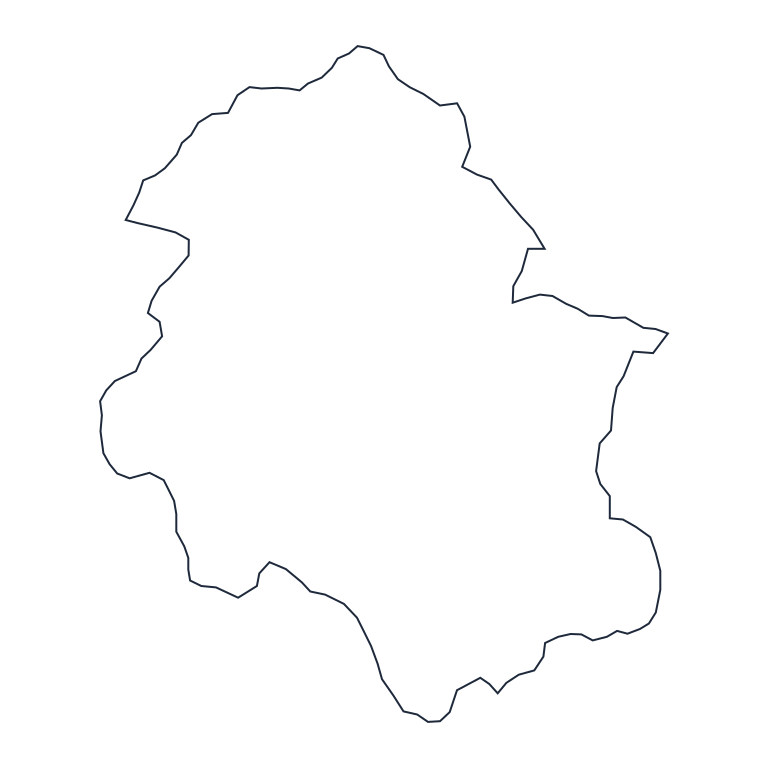 Mariápolis, São Paulo, Brazil
{"feature_id": "56859067B75086273353759", "entity_name": "Mariápolis", "entity_type": "district", "adm_level": 2, "iso_a3": "BRA", "parent_name": "Brazil", "parent_adm1": "São Paulo", "projection": "orthographic", "projection_center": [-51.172, -21.778], "detail": "fine", "context": "isolated", "style": "outline", "palette": "slate", "viewbox_px": 768, "rotation_deg": 0, "n_neighbors": 0, "source": "geoboundaries", "source_scale": "gbopen_adm2", "svg_char_len": 1920}
<svg xmlns="http://www.w3.org/2000/svg" viewBox="0 0 768 768"><path d="M357.6,46.1L349.0,53.5L337.7,58.5L331.9,67.8L321.7,77.6L308.0,83.5L299.6,90.4L288.7,88.5L277.4,87.8L261.5,88.5L249.5,87.1L237.5,95.2L228.0,112.9L212.1,114.1L198.3,122.7L191.0,135.1L181.9,142.9L176.8,154.6L164.9,168.2L155.1,175.4L143.2,180.4L139.2,192.6L133.4,205.4L125.7,220.0L137.7,223.1L157.4,227.6L175.5,232.4L188.8,239.8L188.6,255.5L178.4,267.7L169.4,278.2L159.6,286.7L151.6,300.8L147.9,313.0L159.6,321.8L162.1,336.3L150.6,349.9L141.5,358.5L135.9,371.2L114.9,381.0L106.3,390.3L100.1,401.2L101.9,415.3L100.5,431.3L103.4,453.2L109.6,464.2L117.2,473.5L129.6,478.3L149.5,472.8L163.7,480.1L169.0,490.6L174.1,500.9L176.3,514.0L176.3,531.7L184.3,546.4L188.3,557.9L188.3,569.6L190.1,580.5L201.3,586.0L216.0,587.4L238.1,597.7L256.9,586.0L259.3,573.4L269.5,562.2L285.9,569.1L301.9,582.4L310.3,591.5L325.1,594.6L343.9,603.9L357.0,617.7L363.8,631.3L371.1,646.1L377.6,663.7L382.0,679.2L393.3,695.4L403.5,711.4L417.2,714.5L428.0,721.9L440.0,721.2L449.7,712.1L457.0,690.2L480.3,677.8L489.3,684.0L497.7,693.3L506.4,682.8L518.8,674.7L534.3,670.4L543.4,656.6L545.1,643.0L558.2,636.8L570.6,634.0L581.4,634.4L592.7,640.4L606.9,636.8L617.1,630.9L627.5,633.7L639.9,629.0L648.9,623.5L655.8,612.5L660.3,589.9L660.3,570.8L655.8,553.1L650.3,537.2L635.9,526.9L622.9,519.5L609.8,518.3L609.8,496.1L600.3,484.0L596.1,471.1L599.7,443.4L611.0,430.5L612.7,407.9L616.7,387.1L623.6,376.2L633.4,351.6L653.1,353.1L667.9,333.5L655.5,329.0L643.3,327.8L625.4,317.5L612.8,318.0L602.6,316.1L588.9,315.6L577.6,308.7L566.3,303.9L552.5,296.0L539.9,294.6L525.7,298.4L512.7,302.7L513.3,286.2L521.8,271.0L528.0,248.8L544.6,248.8L533.1,229.7L521.3,217.1L509.8,203.5L498.5,189.4L491.2,179.6L477.0,174.6L462.2,166.8L470.2,146.7L464.4,116.7L457.1,103.3L440.0,105.5L423.4,94.0L409.9,87.3L397.9,79.2L388.9,66.3L383.5,54.9L369.4,48.2L357.6,46.1Z" fill="none" stroke="#1e293b" stroke-width="2"/></svg>